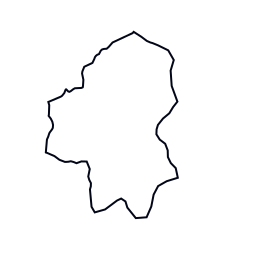 outline of Artvin, rotated 314°
{"feature_id": "TUR-2298", "entity_name": "Artvin", "entity_type": "Province", "adm_level": 1, "iso_a3": "TUR", "parent_name": "Turkey", "parent_adm1": "", "projection": "albers", "projection_center": [41.741, 41.035], "detail": "fine", "context": "isolated", "style": "outline", "palette": "ink", "viewbox_px": 256, "rotation_deg": 314, "n_neighbors": 0, "source": "natural_earth", "source_scale": "10m", "svg_char_len": 1280}
<svg xmlns="http://www.w3.org/2000/svg" viewBox="0 0 256 256"><g transform="rotate(314 128 128)"><path d="M199.5,65.4L201.1,65.3L202.9,74.4L203.7,81.0L205.1,84.8L206.1,86.6L208.3,92.1L211.8,103.0L208.7,113.7L198.9,118.8L188.6,130.2L181.3,145.2L174.4,145.9L167.3,147.5L159.1,146.6L151.0,147.4L146.9,149.5L143.2,152.8L141.7,158.9L142.5,165.7L139.5,172.1L134.8,176.9L132.5,183.2L132.3,190.2L126.8,198.4L116.6,192.8L107.2,190.0L97.9,192.7L87.7,199.3L76.7,203.4L68.6,196.2L70.3,182.8L73.4,177.2L72.5,172.1L68.2,170.5L53.5,168.1L44.2,162.7L46.0,156.5L57.4,143.3L60.2,141.8L62.6,139.6L63.7,136.3L65.5,133.1L71.9,129.0L75.2,121.6L71.6,117.7L66.9,115.4L65.8,112.6L64.4,110.0L62.0,108.3L59.8,106.2L57.5,100.8L56.7,94.6L53.6,86.4L53.3,86.0L53.3,85.9L63.4,77.7L66.4,76.6L69.0,75.3L70.3,74.8L74.4,74.3L75.9,73.8L78.1,72.0L79.9,69.3L81.1,66.0L81.6,62.5L82.8,61.7L89.7,55.5L91.4,52.6L103.9,57.9L105.4,58.2L108.9,57.9L111.9,56.6L112.8,56.6L112.9,57.2L112.8,58.4L112.8,59.7L113.3,60.7L114.7,61.2L118.1,61.7L119.7,62.2L124.4,66.6L125.8,67.2L126.9,66.5L131.7,62.4L135.3,57.1L137.0,55.9L141.7,54.0L150.1,57.2L154.3,55.8L156.0,55.0L157.7,54.8L159.3,55.0L161.0,55.8L164.7,54.7L166.5,54.8L168.2,55.8L170.2,57.6L173.0,57.8L178.8,57.5L199.5,65.4Z" fill="none" stroke="#020617" stroke-width="2"/></g></svg>